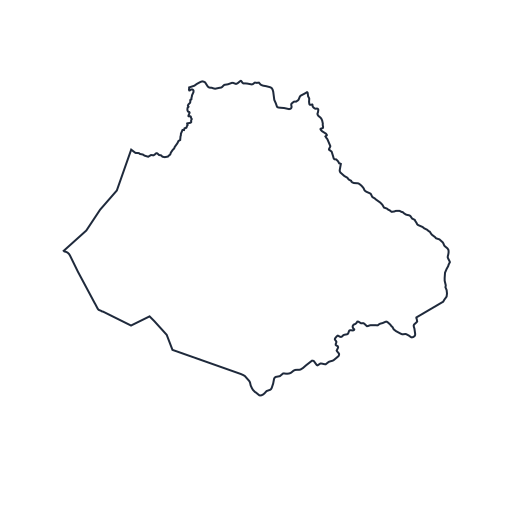 the district of Campamento, Olancho, Honduras, rotated 316°
{"feature_id": "27666195B55126974743850", "entity_name": "Campamento", "entity_type": "district", "adm_level": 2, "iso_a3": "HND", "parent_name": "Honduras", "parent_adm1": "Olancho", "projection": "mercator", "projection_center": [-86.6, 14.484], "detail": "fine", "context": "isolated", "style": "outline", "palette": "slate", "viewbox_px": 512, "rotation_deg": 316, "n_neighbors": 0, "source": "geoboundaries", "source_scale": "gbopen_adm2", "svg_char_len": 6136}
<svg xmlns="http://www.w3.org/2000/svg" viewBox="0 0 512 512"><g transform="rotate(316 256 256)"><path d="M358.9,418.9L361.3,418.2L364.9,417.6L367.3,415.7L369.4,413.0L370.6,410.0L371.7,409.3L372.2,408.8L374.5,404.9L376.4,402.9L380.4,399.3L384.2,397.7L387.2,396.8L388.6,396.0L391.2,395.1L391.5,394.5L392.5,391.2L393.0,390.1L393.8,389.4L395.3,388.5L396.8,387.4L398.0,386.2L398.7,385.1L399.0,383.5L398.6,379.8L398.9,378.6L399.5,377.2L399.8,376.0L399.5,371.5L397.8,368.3L397.9,366.8L397.3,362.8L397.4,361.7L397.9,359.2L397.5,358.2L397.3,355.9L396.2,352.9L396.0,350.9L394.3,346.8L394.0,345.9L394.0,345.1L394.5,343.6L394.9,341.4L395.3,340.3L394.3,337.5L394.8,334.6L394.7,333.9L394.3,332.9L393.3,331.5L392.6,330.2L392.1,328.0L392.0,326.3L391.3,325.4L390.9,324.0L390.4,323.0L387.8,320.6L386.5,320.1L384.3,318.5L384.0,317.3L383.9,315.9L383.3,314.7L383.2,313.2L382.7,312.0L381.7,310.1L382.5,306.9L382.5,303.9L381.5,298.6L381.4,296.9L380.9,295.4L380.7,294.1L381.6,291.5L381.7,290.8L381.3,289.6L380.0,286.4L379.7,284.8L379.8,283.7L380.4,282.3L380.6,281.0L380.7,278.6L380.5,276.8L380.3,275.6L379.9,274.6L377.1,271.5L376.4,269.9L376.3,268.8L376.7,268.0L375.9,265.7L375.9,264.4L376.1,263.2L375.1,259.8L374.7,254.6L375.0,253.5L375.7,252.5L381.0,248.7L380.7,247.8L380.2,247.1L380.8,244.9L380.8,242.3L379.7,241.0L379.6,240.1L379.9,239.3L380.6,238.1L382.8,233.7L382.9,233.0L382.6,232.0L382.7,231.5L382.4,230.8L382.4,230.2L383.0,229.7L385.1,229.0L385.8,228.6L388.4,221.8L388.6,221.1L388.6,220.2L389.0,218.2L389.7,218.2L390.7,218.4L390.9,218.3L391.1,218.0L391.3,216.6L390.2,212.1L390.2,210.6L390.4,209.7L390.7,209.4L391.0,209.4L392.8,210.3L393.3,210.3L394.2,209.4L395.0,208.1L396.1,207.1L397.7,204.5L398.4,202.5L398.5,201.2L398.2,198.6L398.5,197.1L399.1,196.3L400.5,195.6L402.3,194.2L402.6,193.7L402.7,193.1L402.5,192.6L402.1,192.1L401.4,191.7L400.9,191.1L400.5,189.4L400.6,188.0L401.1,187.1L401.6,186.6L401.7,186.1L400.0,184.9L399.8,184.5L399.8,184.1L400.1,183.5L401.3,181.9L403.6,179.8L404.1,178.6L404.3,177.5L406.5,174.5L406.6,174.0L406.5,173.6L406.0,173.5L403.6,172.9L399.5,171.7L398.3,171.8L395.3,173.1L394.5,173.2L392.1,172.8L391.1,171.8L390.3,171.3L387.8,171.1L387.0,171.2L386.6,171.5L386.0,172.2L385.4,173.2L384.7,173.8L383.9,174.1L383.0,174.0L381.8,173.3L379.1,169.2L375.6,165.2L374.9,164.1L374.8,163.2L376.3,160.0L377.6,156.4L382.5,149.8L383.5,147.9L383.9,146.4L383.8,145.5L383.3,144.2L381.2,140.8L379.5,138.5L378.7,136.9L378.4,135.9L378.5,133.3L376.7,131.9L376.1,131.0L375.5,130.4L373.2,130.2L372.1,129.6L369.5,125.9L368.3,124.5L366.8,123.1L366.6,122.0L366.9,120.1L366.9,119.7L366.7,119.4L365.8,119.2L363.2,119.0L361.6,118.6L361.0,118.1L359.8,115.6L358.9,114.7L355.1,113.0L352.1,110.9L350.8,110.8L349.1,110.9L347.9,110.6L346.5,109.6L342.8,107.3L341.8,105.8L341.0,104.2L339.7,102.8L339.1,101.6L339.1,100.2L340.0,95.8L339.5,94.3L338.7,93.1L337.6,92.5L336.2,92.0L332.9,91.1L330.0,90.7L325.0,88.3L324.6,88.8L323.3,89.8L323.0,90.5L323.3,90.9L324.8,91.1L325.7,91.7L326.0,92.3L326.1,92.9L326.0,93.5L325.7,93.9L324.8,94.7L321.5,96.0L320.7,96.7L319.6,97.3L318.4,98.4L317.9,98.4L317.5,98.1L317.0,98.2L316.0,99.3L315.2,99.9L314.7,100.0L312.8,100.0L311.6,100.4L311.3,100.7L311.1,101.8L309.7,101.9L308.8,102.6L308.0,103.4L307.5,104.6L307.5,105.2L308.0,106.1L307.9,106.6L307.4,107.0L304.9,108.1L304.6,108.4L304.7,108.9L305.6,109.6L305.9,110.1L305.8,110.7L305.3,111.3L305.0,112.7L304.7,113.0L303.9,113.2L303.3,113.6L302.5,114.6L302.1,114.7L301.4,114.6L299.6,113.5L299.0,113.0L298.6,112.8L298.3,113.0L297.8,114.3L296.4,114.6L295.9,115.0L295.2,115.3L294.7,115.3L294.1,114.8L293.2,114.5L291.7,115.4L291.2,114.8L290.7,114.3L286.9,115.9L285.9,116.9L284.8,117.5L282.0,119.9L280.2,119.4L277.7,120.3L273.3,121.1L271.8,121.8L269.9,121.8L266.5,122.5L265.3,123.2L264.5,123.4L262.9,123.2L261.7,123.3L259.0,121.5L257.7,119.6L257.6,117.6L256.4,116.0L256.3,113.7L255.9,113.0L255.3,112.7L253.8,112.7L252.3,112.4L251.9,112.1L251.4,111.3L250.5,110.4L247.4,109.7L245.5,106.3L245.1,104.4L243.4,102.0L243.2,100.6L240.9,98.1L240.1,92.8L201.4,112.2L176.0,114.4L151.6,119.8L121.3,118.7L121.3,119.6L122.3,121.2L122.8,122.7L122.9,124.7L122.5,126.5L117.0,143.5L107.3,177.6L107.1,178.5L105.5,184.0L105.4,185.4L106.5,187.9L106.7,188.9L107.3,189.7L117.8,219.2L137.5,225.5L137.6,232.2L137.0,250.7L130.7,265.5L163.1,330.3L164.1,332.8L164.6,334.6L164.3,341.2L163.9,342.7L162.2,345.5L161.2,348.4L160.8,350.2L160.8,353.1L161.1,354.1L161.6,358.4L162.0,359.1L163.0,359.9L164.6,360.5L166.5,360.7L169.8,360.5L173.3,362.1L174.3,362.2L175.7,361.8L179.7,359.7L183.7,356.9L184.9,356.5L186.2,356.7L189.7,359.0L193.8,359.3L194.5,359.8L195.5,361.1L196.6,362.3L198.2,363.5L199.0,363.9L200.2,364.3L203.4,364.6L204.6,365.0L205.6,365.6L208.2,368.0L209.2,368.6L212.0,369.2L216.1,369.4L223.6,370.2L224.2,370.9L224.6,371.9L224.0,376.1L224.0,376.8L224.3,377.4L224.7,377.5L227.3,378.0L227.8,378.2L228.6,379.1L229.9,381.1L230.9,382.3L234.8,382.7L236.3,383.4L238.5,384.6L239.8,384.9L245.5,385.3L246.3,385.2L247.3,384.6L247.7,384.2L247.9,383.7L248.1,380.9L248.3,380.1L251.4,378.9L251.8,378.5L252.1,377.6L251.6,376.1L251.6,375.3L252.2,374.7L253.5,374.1L254.2,373.6L254.5,372.6L254.7,370.9L255.1,370.5L255.6,370.2L258.0,369.9L259.4,370.0L259.6,370.2L260.4,372.6L260.9,373.2L261.4,373.5L262.3,373.7L263.6,373.6L264.3,373.8L265.1,374.2L267.0,375.5L267.8,375.8L268.8,375.6L270.8,374.6L271.6,374.5L272.5,375.1L274.0,376.9L274.9,377.3L275.4,377.2L275.7,377.0L275.7,375.5L276.0,374.6L276.6,373.8L277.3,373.4L278.6,373.2L280.0,373.8L281.4,374.0L283.3,373.6L283.7,373.9L284.1,374.5L284.8,377.3L285.6,378.1L286.3,378.6L286.7,379.2L286.9,380.5L287.0,383.1L287.1,383.6L288.0,384.2L289.4,384.8L290.4,385.4L293.7,388.6L295.4,390.4L295.8,390.5L297.1,390.6L298.4,391.0L300.5,392.2L303.5,393.3L304.4,394.0L304.7,395.2L304.9,397.9L304.9,399.1L304.7,400.2L304.8,402.1L304.1,404.4L304.5,407.3L306.1,412.3L306.7,413.7L307.2,414.3L309.3,415.9L309.8,416.7L310.7,419.5L311.1,421.9L311.4,422.6L311.9,423.0L312.8,423.5L313.9,423.7L314.8,423.7L315.5,423.4L316.3,422.7L319.5,418.3L320.4,416.5L321.2,415.5L322.1,415.1L325.2,415.2L326.4,415.1L327.9,412.9L328.3,411.9L328.7,411.6L358.9,418.9Z" fill="none" stroke="#1e293b" stroke-width="2"/></g></svg>